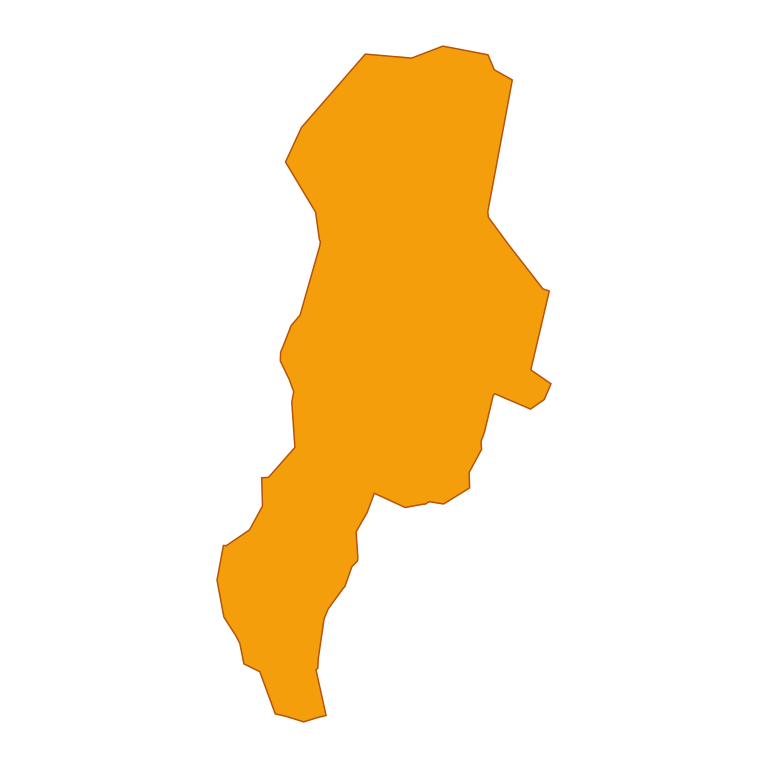 Okobo, Akwa Ibom, Nigeria (Robinson projection)
{"feature_id": "59680162B18997887117478", "entity_name": "Okobo", "entity_type": "district", "adm_level": 2, "iso_a3": "NGA", "parent_name": "Nigeria", "parent_adm1": "Akwa Ibom", "projection": "robinson", "projection_center": [8.124, 4.821], "detail": "fine", "context": "isolated", "style": "filled", "palette": "amber", "viewbox_px": 768, "rotation_deg": 0, "n_neighbors": 0, "source": "geoboundaries", "source_scale": "gbopen_adm2", "svg_char_len": 1061}
<svg xmlns="http://www.w3.org/2000/svg" viewBox="0 0 768 768"><path d="M512.3,80.0L494.3,69.8L488.0,54.8L442.8,46.1L411.6,58.1L365.3,54.1L301.5,127.4L285.5,162.0L315.6,212.2L319.4,239.7L320.3,241.2L319.9,245.4L300.0,315.2L291.1,325.6L289.3,330.4L282.9,346.8L281.0,351.2L280.6,352.6L280.3,360.9L289.4,379.8L293.7,391.7L291.8,402.2L294.9,447.4L268.5,477.4L261.7,477.7L262.5,506.0L249.5,529.9L226.4,545.6L223.4,545.5L217.0,580.1L223.9,617.1L235.9,635.8L239.8,643.3L243.9,663.9L259.8,671.7L275.3,713.9L285.8,716.3L302.2,721.4L303.7,721.9L317.7,717.5L326.1,715.5L316.0,669.8L317.8,668.3L318.3,658.5L324.1,618.7L328.2,608.9L343.3,588.2L344.8,586.7L351.9,566.7L357.4,561.0L357.9,558.1L356.1,531.8L367.2,512.4L374.3,493.3L405.2,507.5L423.6,504.1L425.1,504.2L429.3,501.7L443.6,504.0L469.6,487.9L469.1,472.5L481.6,449.3L481.0,441.6L484.6,431.7L493.2,395.5L494.8,393.8L495.1,393.9L530.5,409.1L544.2,399.6L544.4,399.3L551.0,383.8L530.8,369.9L549.3,291.0L542.9,288.9L509.8,246.3L488.4,217.3L487.8,211.7L512.3,80.0Z" fill="#f59e0b" stroke="#b45309" stroke-width="1.5"/></svg>